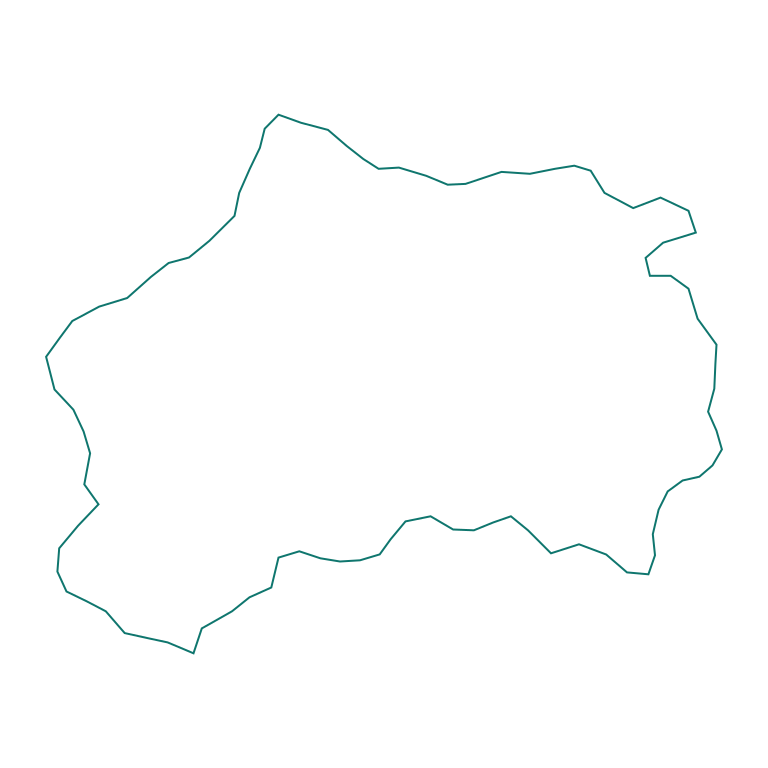 outline of Pedra Dourada, Minas Gerais, Brazil
{"feature_id": "56859067B93045983783777", "entity_name": "Pedra Dourada", "entity_type": "district", "adm_level": 2, "iso_a3": "BRA", "parent_name": "Brazil", "parent_adm1": "Minas Gerais", "projection": "orthographic", "projection_center": [-42.153, -20.828], "detail": "fine", "context": "isolated", "style": "outline", "palette": "teal", "viewbox_px": 768, "rotation_deg": 0, "n_neighbors": 0, "source": "geoboundaries", "source_scale": "gbopen_adm2", "svg_char_len": 1239}
<svg xmlns="http://www.w3.org/2000/svg" viewBox="0 0 768 768"><path d="M99.2,306.6L72.3,321.0L59.9,337.7L46.1,356.8L54.5,389.5L73.4,409.7L83.6,431.5L90.1,453.3L84.3,484.4L98.5,504.3L78.1,525.7L59.2,548.3L57.4,571.6L66.5,591.5L86.5,601.2L105.8,611.3L124.7,633.1L148.0,638.2L167.6,642.4L193.5,653.3L201.8,628.4L232.0,611.3L249.5,597.3L271.3,587.5L278.5,557.6L299.3,551.3L320.4,558.3L340.0,561.5L360.0,560.3L379.7,554.4L390.6,539.3L405.5,521.4L430.6,516.3L453.1,529.5L473.9,530.3L493.1,522.5L510.9,516.3L528.0,530.3L551.0,553.3L579.0,544.3L606.2,554.5L627.0,572.4L648.4,574.3L655.0,555.3L652.8,534.2L658.6,509.7L667.7,491.4L682.6,480.5L699.4,476.7L712.5,465.4L721.9,449.4L716.5,430.7L708.1,411.7L714.3,388.7L715.4,363.8L716.5,344.7L697.6,318.7L688.5,288.7L670.7,275.8L649.9,275.8L645.6,257.9L663.1,242.7L695.8,232.6L688.5,210.8L660.5,197.6L633.2,208.1L604.5,192.9L590.7,170.7L574.3,165.7L555.0,168.8L529.9,173.8L501.5,171.9L484.1,177.7L465.5,183.9L447.7,184.7L426.2,175.8L398.9,167.6L378.6,168.8L363.3,159.0L346.5,145.8L328.0,129.9L301.1,122.8L278.5,114.7L264.7,128.7L259.9,147.8L249.8,168.8L239.2,192.9L234.5,215.9L209.4,240.8L189.0,257.5L168.6,263.0L150.8,277.0L127.2,298.0L99.2,306.6Z" fill="none" stroke="#0f766e" stroke-width="2"/></svg>